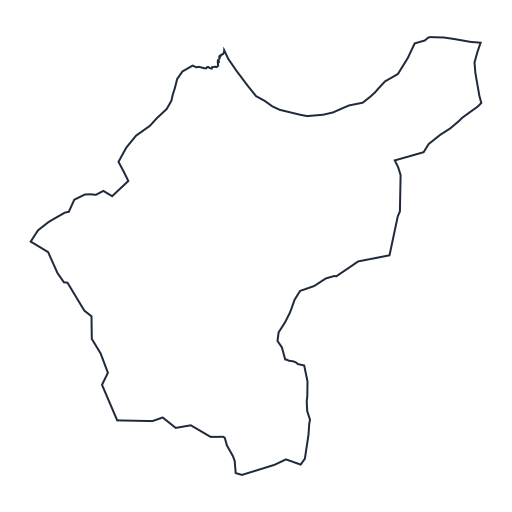 the district of Gwer East, Benue, Nigeria
{"feature_id": "59680162B99778789604362", "entity_name": "Gwer East", "entity_type": "district", "adm_level": 2, "iso_a3": "NGA", "parent_name": "Nigeria", "parent_adm1": "Benue", "projection": "albers", "projection_center": [8.455, 7.356], "detail": "fine", "context": "isolated", "style": "outline", "palette": "slate", "viewbox_px": 512, "rotation_deg": 0, "n_neighbors": 0, "source": "geoboundaries", "source_scale": "gbopen_adm2", "svg_char_len": 2222}
<svg xmlns="http://www.w3.org/2000/svg" viewBox="0 0 512 512"><path d="M430.1,37.1L428.2,37.6L424.8,40.5L414.7,43.4L407.8,58.0L397.9,74.0L385.0,81.4L378.3,88.6L375.1,92.3L370.3,96.7L362.7,102.7L349.2,105.4L343.2,107.9L333.1,112.4L323.4,114.7L307.3,116.1L300.3,114.8L279.7,109.8L272.4,106.4L264.9,101.0L256.0,96.1L247.5,85.5L236.1,70.3L228.1,58.6L224.2,50.3L224.1,51.6L224.2,52.4L223.8,52.7L223.6,53.2L223.2,53.6L223.1,54.0L222.3,54.5L221.3,54.8L221.0,55.2L220.7,55.2L220.5,55.5L220.5,55.9L220.1,55.9L220.1,56.3L219.5,56.2L219.2,57.0L219.6,57.8L219.5,58.7L218.4,59.9L217.9,60.4L218.1,61.2L219.0,61.6L218.9,62.1L218.4,62.7L217.8,62.6L217.9,63.5L218.0,65.0L218.2,65.7L217.4,66.4L216.7,67.1L215.8,67.0L215.2,66.7L212.1,67.2L211.8,68.5L210.6,68.4L209.2,67.7L208.3,67.0L207.4,67.0L206.1,68.4L203.7,68.1L199.0,66.8L196.3,67.3L192.6,65.6L182.5,71.4L177.2,78.9L174.7,88.7L172.8,94.5L171.4,100.7L166.7,109.0L158.8,116.4L156.9,118.1L149.9,125.8L136.0,135.7L126.3,147.6L118.5,161.8L124.2,172.6L128.3,181.0L112.1,196.2L103.4,190.9L95.9,194.8L90.2,194.3L84.9,194.5L74.3,199.7L68.8,211.8L64.9,212.6L53.3,219.2L48.6,222.0L38.0,230.3L30.7,241.6L48.1,252.1L57.4,272.9L63.9,282.3L67.5,282.7L84.3,310.6L91.5,316.3L91.8,338.9L100.6,353.4L107.9,372.8L102.0,384.8L117.2,420.4L118.2,420.4L152.4,421.1L162.7,417.5L175.7,427.9L190.8,425.3L210.6,436.9L223.3,436.8L224.8,437.9L226.9,445.4L233.0,456.3L234.7,461.0L235.7,473.1L242.0,474.9L274.5,464.8L286.0,459.4L300.6,464.6L304.7,459.0L304.9,458.5L308.5,434.7L309.2,424.2L310.0,419.6L307.2,411.2L306.7,401.3L307.3,396.5L307.4,389.0L307.5,381.4L304.2,365.5L299.4,364.4L297.9,364.1L296.1,362.5L294.7,361.9L293.0,361.3L291.5,361.1L289.3,360.8L288.7,360.7L288.2,360.4L287.4,360.0L286.4,359.6L285.2,359.5L281.9,347.4L277.5,341.0L278.6,332.4L285.0,322.4L289.9,312.7L291.6,308.2L294.6,299.7L300.1,290.9L314.2,286.0L325.7,278.5L334.3,276.0L336.3,276.3L358.2,261.4L389.5,255.3L397.8,216.2L399.9,211.5L400.6,175.1L398.1,167.1L394.8,160.4L423.6,152.2L428.7,144.0L440.5,134.6L450.1,128.5L459.2,120.8L461.9,118.0L472.2,110.5L477.6,106.7L481.3,103.0L480.3,99.3L479.4,96.0L475.4,73.2L474.5,62.4L477.3,52.4L480.6,42.7L470.6,41.9L454.1,39.0L443.8,37.5L430.1,37.1Z" fill="none" stroke="#1e293b" stroke-width="2"/></svg>